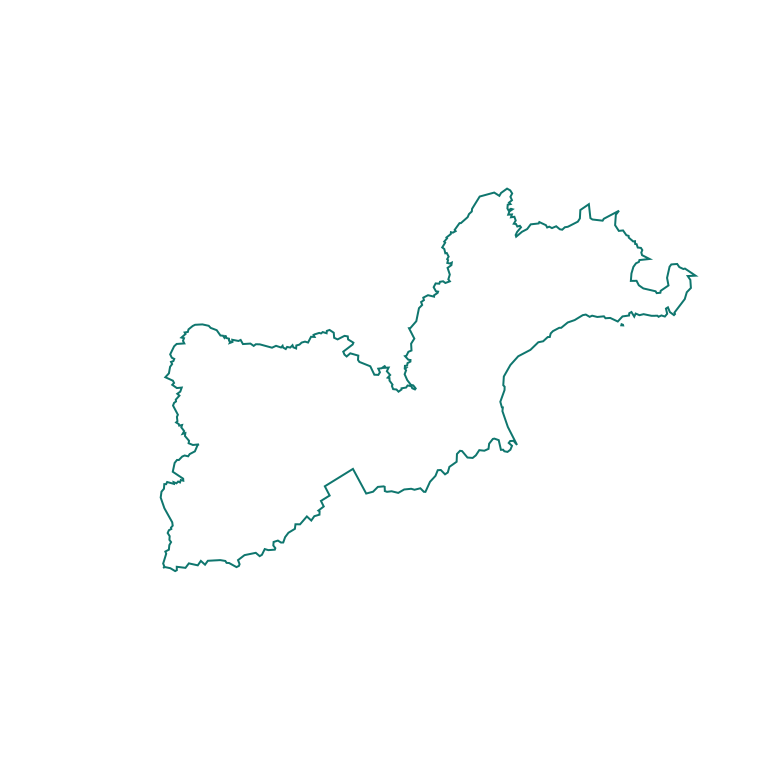 outline of Puerto Vallarta, Jalisco, Mexico, rotated 217°
{"feature_id": "50627088B20857302677335", "entity_name": "Puerto Vallarta", "entity_type": "district", "adm_level": 2, "iso_a3": "MEX", "parent_name": "Mexico", "parent_adm1": "Jalisco", "projection": "robinson", "projection_center": [-105.162, 20.698], "detail": "fine", "context": "isolated", "style": "outline", "palette": "teal", "viewbox_px": 768, "rotation_deg": 217, "n_neighbors": 0, "source": "geoboundaries", "source_scale": "gbopen_adm2", "svg_char_len": 6155}
<svg xmlns="http://www.w3.org/2000/svg" viewBox="0 0 768 768"><g transform="rotate(217 384 384)"><path d="M300.6,663.8L307.9,648.2L307.7,646.0L316.6,640.8L319.0,640.7L328.6,650.9L331.9,641.1L327.2,634.1L326.9,630.3L331.8,620.2L333.9,618.0L334.5,614.5L336.7,613.4L341.4,613.6L343.7,609.6L346.7,609.1L347.9,607.2L350.2,608.3L357.4,606.8L357.1,605.3L362.9,599.8L362.9,593.9L365.4,588.6L367.1,581.2L368.5,582.2L369.2,585.5L368.9,591.6L370.7,592.1L372.3,590.0L374.9,591.2L376.8,590.1L377.2,593.8L380.5,596.0L382.9,593.6L383.9,596.4L386.7,594.0L387.7,597.3L386.5,600.9L388.1,600.3L389.1,597.6L391.1,598.5L393.1,601.7L391.3,603.8L393.3,604.1L392.4,607.8L395.7,609.6L396.3,613.3L399.7,614.6L403.3,614.1L405.5,607.0L405.1,603.7L411.2,603.2L420.4,591.3L419.1,576.9L417.7,574.6L418.4,570.9L417.6,567.6L419.4,558.8L420.5,557.9L420.3,549.6L418.8,549.2L420.1,546.3L421.9,545.5L420.9,543.9L422.3,538.6L421.3,538.3L421.6,533.9L420.2,533.7L419.7,528.1L417.1,528.1L413.7,525.3L412.7,526.4L409.0,524.6L408.7,521.7L407.4,521.5L406.3,518.8L403.8,519.9L402.9,521.7L401.7,519.5L403.1,515.0L397.3,511.0L395.6,506.3L393.2,505.6L395.8,501.6L398.6,501.6L400.8,499.3L400.2,497.4L403.3,495.4L402.6,491.2L398.3,489.3L396.4,490.3L396.0,489.0L397.4,485.0L396.6,483.9L402.3,481.4L404.6,476.6L402.6,475.0L403.7,471.8L401.1,470.1L401.7,465.6L396.0,453.6L396.6,444.6L397.6,443.6L387.1,438.5L386.6,432.5L382.2,427.3L383.9,424.4L383.1,420.2L384.0,418.9L379.2,418.0L377.3,419.1L376.4,417.8L377.8,414.8L376.6,412.6L378.2,411.1L376.9,409.1L376.1,409.8L376.3,408.7L374.6,408.2L373.4,404.2L367.8,401.1L362.0,399.5L359.8,400.5L356.0,399.5L356.0,398.3L358.9,397.6L360.9,398.7L364.3,397.0L364.2,394.5L367.4,391.1L366.7,390.1L367.8,386.6L370.7,387.1L373.6,385.4L376.5,387.2L376.8,388.6L381.6,390.0L383.2,392.0L384.8,391.3L384.5,394.9L389.4,395.9L390.2,399.9L393.6,397.0L394.0,399.4L395.4,395.1L397.8,392.8L394.3,390.9L394.0,387.9L397.3,385.6L405.6,389.9L417.0,386.8L419.3,387.6L421.6,391.2L429.4,388.2L430.4,383.5L433.3,383.7L436.0,385.3L432.8,396.7L433.3,398.6L439.5,398.0L441.6,400.2L444.5,398.7L447.9,391.7L451.6,390.9L455.0,394.7L460.0,394.4L461.6,392.0L460.4,390.0L464.2,388.6L464.7,386.5L466.5,385.8L469.4,381.7L469.8,380.7L467.8,379.8L470.7,377.8L469.6,371.4L472.6,370.3L474.7,367.5L475.2,364.6L477.2,362.0L475.6,359.5L478.5,358.7L480.4,359.9L480.8,356.7L483.7,355.3L483.5,352.8L486.5,352.4L488.0,353.5L488.2,351.2L493.2,349.5L495.3,345.6L507.1,340.9L510.3,338.6L511.0,336.0L515.0,335.9L520.7,331.0L525.0,332.9L526.1,330.8L531.8,328.0L530.3,326.4L531.9,323.9L532.3,325.4L533.8,325.3L535.1,326.9L537.7,325.8L539.0,327.0L539.8,326.7L539.4,324.9L541.6,325.7L543.8,324.3L550.0,326.3L556.2,324.5L559.0,325.0L564.9,322.3L570.5,317.6L571.7,315.2L573.0,310.0L572.0,307.5L574.2,305.2L572.6,304.5L573.7,299.2L571.3,300.2L570.5,297.5L567.9,296.2L573.7,291.2L574.3,287.8L572.6,279.0L569.3,277.3L566.6,277.8L566.0,275.5L567.4,273.5L565.2,272.4L565.2,269.0L562.2,263.1L562.7,257.8L554.6,259.6L552.3,258.5L552.6,255.9L547.0,256.1L543.4,259.4L542.1,255.3L543.2,251.8L540.4,251.6L540.9,246.2L539.6,244.9L540.3,242.6L539.5,239.8L530.1,235.4L529.6,233.1L526.6,230.0L526.9,228.2L523.8,228.5L522.5,227.5L520.6,229.7L519.8,227.4L515.2,226.1L514.8,223.0L513.1,225.2L511.7,222.7L505.5,221.3L504.4,219.1L499.9,220.3L495.5,224.4L496.1,223.0L494.5,216.4L497.0,211.1L496.9,208.4L500.2,206.9L501.5,204.6L502.1,199.8L503.6,198.8L503.7,195.0L499.9,186.8L487.4,187.5L486.1,186.0L488.5,185.0L487.7,182.6L489.7,182.2L490.0,179.8L493.0,179.0L491.7,177.8L498.2,175.2L497.7,172.9L499.2,171.8L496.7,167.9L496.9,164.1L494.0,158.9L484.6,152.6L469.9,146.1L467.5,143.7L467.7,141.1L466.6,140.2L467.8,137.8L467.1,134.8L463.6,133.5L461.6,130.4L458.9,129.6L458.5,126.2L456.1,122.2L457.8,118.6L455.8,117.4L452.3,107.7L449.3,105.9L449.7,104.2L448.9,105.9L443.8,108.3L438.2,108.9L437.4,110.6L439.5,113.3L431.9,117.7L431.9,123.3L423.6,127.1L423.8,132.5L418.2,132.0L418.3,136.8L408.8,144.8L404.2,147.2L402.1,146.4L400.0,147.8L391.6,149.0L390.4,151.4L390.9,153.2L394.6,155.5L392.4,163.4L384.8,172.0L379.7,171.7L378.7,174.1L379.9,180.4L376.4,181.7L371.5,186.0L372.0,187.5L375.2,188.4L377.1,191.4L374.5,195.1L370.8,195.4L369.1,196.8L370.8,202.2L370.8,207.7L368.0,214.7L370.3,218.7L366.6,221.4L365.9,231.8L359.9,231.2L360.1,236.5L356.9,240.8L358.8,243.5L360.2,243.4L358.4,249.9L364.0,252.7L360.3,262.2L369.7,266.7L357.7,297.5L332.3,285.8L327.9,291.4L327.0,298.1L322.7,302.0L321.6,302.3L318.9,299.0L316.7,299.7L313.4,302.9L307.1,305.6L304.4,311.9L299.2,316.7L296.0,317.9L292.2,322.6L287.3,321.9L286.0,322.8L288.4,333.6L287.6,341.6L289.2,347.5L286.9,349.5L280.9,348.6L279.8,351.7L281.9,357.2L279.2,365.6L283.6,372.0L283.1,376.4L281.3,377.4L273.1,375.5L268.7,378.3L267.7,382.3L268.1,388.5L263.7,391.1L261.5,395.1L264.1,399.6L264.0,405.6L263.0,406.8L258.6,408.2L251.0,401.8L249.3,403.2L247.4,402.7L244.5,404.1L243.5,407.6L244.6,411.7L248.9,412.0L248.9,414.4L246.3,416.6L241.1,415.4L259.2,424.2L273.1,433.6L275.0,436.8L275.8,436.3L280.4,439.8L284.1,451.7L286.0,454.4L288.0,454.8L292.8,462.1L294.5,475.2L293.5,486.9L287.6,499.4L285.9,510.2L282.6,513.9L281.5,520.0L279.9,521.3L281.3,524.7L280.9,527.9L277.9,534.3L276.3,535.5L274.3,543.7L270.2,549.8L266.7,558.6L264.6,560.9L260.2,561.4L258.9,563.8L254.0,565.9L249.1,570.4L246.7,569.8L243.1,572.9L234.9,574.6L234.2,581.5L229.5,586.2L230.7,588.1L229.7,590.4L224.7,588.4L225.4,591.7L221.4,592.7L218.7,596.0L211.3,599.5L206.7,603.1L205.2,602.9L203.7,605.7L200.3,606.9L200.1,610.5L204.2,613.9L203.4,616.1L199.0,613.5L193.9,613.5L193.7,615.0L195.0,615.8L194.9,632.8L197.4,639.5L196.7,645.4L202.0,651.5L206.4,653.0L200.4,658.0L213.1,657.3L214.1,656.0L218.5,655.1L222.1,656.3L226.5,652.4L226.5,649.5L221.8,639.1L216.1,633.9L219.1,625.0L218.2,623.2L220.9,620.7L222.9,621.5L234.4,616.4L239.9,616.2L244.4,618.4L248.9,614.9L252.9,621.2L255.3,627.6L255.4,632.0L253.9,634.9L254.6,636.7L247.1,643.7L255.4,642.2L257.6,643.8L258.3,646.4L260.7,647.3L263.5,645.7L266.4,647.7L267.7,647.0L269.5,649.1L270.8,647.8L276.6,648.2L277.8,649.5L280.0,648.7L285.5,650.5L288.6,647.6L295.0,649.9L300.7,658.7L300.6,663.8ZM230.2,574.7L229.8,573.7L228.3,574.7L228.8,575.1L230.2,574.7Z" fill="none" stroke="#0f766e" stroke-width="2"/></g></svg>